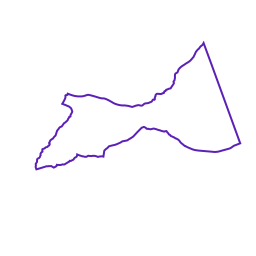 Dadaab, North-Eastern, Kenya, rotated 340°
{"feature_id": "3690345B19935861804031", "entity_name": "Dadaab", "entity_type": "district", "adm_level": 2, "iso_a3": "KEN", "parent_name": "Kenya", "parent_adm1": "North-Eastern", "projection": "albers", "projection_center": [40.106, 0.062], "detail": "fine", "context": "isolated", "style": "outline", "palette": "violet", "viewbox_px": 256, "rotation_deg": 340, "n_neighbors": 0, "source": "geoboundaries", "source_scale": "gbopen_adm2", "svg_char_len": 5746}
<svg xmlns="http://www.w3.org/2000/svg" viewBox="0 0 256 256"><g transform="rotate(340 128 128)"><path d="M95.1,146.5L97.2,142.6L98.0,141.2L98.3,141.0L99.9,140.3L101.6,139.8L102.6,139.4L103.5,138.8L103.8,138.7L104.2,138.7L105.4,138.8L109.7,139.3L110.7,139.4L111.4,139.4L114.5,139.2L116.0,139.1L117.6,138.7L118.1,138.6L121.8,139.2L123.1,139.4L125.0,138.9L126.0,138.8L126.5,138.6L128.2,138.3L129.3,138.0L130.0,137.8L132.0,136.8L135.1,135.2L141.0,132.4L141.3,132.4L141.7,132.5L142.7,132.4L143.1,132.4L143.5,132.6L144.1,133.2L144.5,133.6L145.1,134.6L145.1,134.9L145.3,135.1L145.7,135.2L146.0,135.5L146.4,135.6L146.7,135.7L147.0,135.8L147.3,136.1L147.5,136.2L148.5,136.8L149.3,137.0L151.4,137.2L151.9,137.3L152.2,137.5L152.9,137.9L154.4,139.0L155.7,140.1L157.3,141.2L158.6,142.3L160.9,143.8L161.8,143.7L162.2,143.9L162.6,144.0L163.1,144.1L163.2,144.8L163.3,145.1L163.5,145.5L164.1,147.0L164.2,147.9L164.3,148.1L165.3,149.2L165.4,150.0L167.8,152.3L168.2,152.7L168.3,153.0L168.8,153.6L169.1,153.9L169.4,154.3L169.8,154.5L170.0,154.7L170.7,155.5L171.3,156.3L171.7,157.1L172.1,158.1L172.2,158.6L172.4,159.5L172.9,160.4L173.8,161.9L174.9,163.8L175.1,164.2L175.8,164.6L176.0,165.0L177.4,166.5L181.4,170.2L183.3,171.6L186.5,173.3L193.8,176.7L199.0,179.1L200.6,179.9L202.3,180.5L204.3,181.0L204.9,181.1L208.8,181.4L213.8,181.8L215.0,181.9L216.8,182.0L217.4,181.9L218.2,181.8L221.4,180.9L228.2,180.8L228.2,95.6L228.1,74.0L227.3,74.7L226.3,75.4L225.9,75.6L224.3,76.1L223.9,76.3L222.7,77.0L222.3,77.4L221.8,77.7L220.3,78.2L220.0,78.4L218.3,79.4L217.9,79.6L216.5,81.1L213.8,83.7L210.0,85.8L209.5,86.0L208.4,86.4L207.8,86.6L207.3,86.7L204.7,87.2L203.2,87.6L199.3,88.5L198.5,88.8L197.9,89.0L196.3,89.8L195.5,90.4L194.8,91.1L193.7,92.5L193.4,92.7L192.9,92.8L192.0,92.9L191.6,93.0L191.3,93.1L191.0,93.3L190.6,93.6L190.4,94.0L189.9,95.1L189.6,96.0L189.3,96.9L188.1,98.9L187.9,99.2L187.2,99.5L186.7,99.9L186.5,100.2L186.6,101.1L186.5,101.5L186.3,101.7L185.6,102.4L184.1,103.4L183.2,104.1L181.9,105.1L181.6,105.3L181.2,105.3L180.6,105.2L180.0,105.1L179.3,105.1L178.0,105.3L177.3,105.1L176.9,105.2L176.5,105.5L176.2,105.9L176.0,106.0L175.7,106.1L175.1,105.9L174.7,106.1L174.4,106.3L174.0,107.0L173.6,107.4L173.4,107.4L172.2,107.1L171.7,107.4L171.4,107.4L170.8,107.4L170.5,107.3L170.1,107.2L169.5,106.8L169.1,106.7L168.6,106.5L168.3,106.3L167.5,106.0L167.1,105.8L166.7,105.8L166.3,105.9L165.8,106.1L165.2,106.5L164.9,107.0L164.8,107.3L164.6,107.7L164.4,107.9L163.9,108.2L163.7,108.4L163.3,109.6L163.1,110.0L162.9,110.3L162.7,110.4L162.5,110.5L162.2,110.4L161.7,110.0L161.4,109.9L161.0,110.0L160.8,110.1L159.7,111.0L159.4,111.2L158.6,111.4L156.6,111.4L156.2,111.5L155.5,111.5L155.0,111.4L153.0,110.9L152.0,110.8L151.0,111.0L150.4,111.3L149.6,111.6L149.2,111.7L148.8,111.7L148.3,111.6L148.0,111.5L147.0,110.9L146.5,110.6L146.1,110.3L145.4,110.0L143.8,109.8L143.2,109.7L141.9,109.7L139.6,109.7L139.3,109.6L138.8,109.4L138.0,108.9L136.3,107.6L135.0,106.9L132.5,105.6L131.0,105.1L129.6,104.5L128.1,103.7L126.4,102.6L125.6,102.0L124.0,100.7L123.0,99.7L121.7,98.1L121.0,97.3L119.0,95.0L118.0,94.0L116.4,92.6L115.9,92.2L115.3,91.9L113.9,91.4L112.2,90.4L110.1,88.9L107.9,87.2L104.4,84.7L102.5,83.5L101.9,83.2L101.1,83.0L100.5,83.0L98.2,82.9L97.0,82.8L96.5,82.7L95.4,82.5L94.1,82.0L91.9,81.2L90.8,80.7L89.5,80.0L88.3,79.3L87.2,78.5L85.0,76.8L83.1,75.1L82.9,75.3L82.7,75.9L82.5,76.1L82.2,76.1L81.8,76.1L81.0,75.9L80.7,75.9L80.4,76.0L80.2,76.2L80.1,76.6L79.9,77.3L79.7,77.8L79.0,78.8L78.6,79.2L76.7,81.0L74.5,82.8L76.0,84.1L76.6,84.6L77.4,85.3L78.7,86.6L79.6,87.3L80.1,88.0L80.6,88.8L81.0,89.5L81.3,90.2L81.3,91.5L81.3,93.3L80.5,94.4L78.5,96.1L78.3,96.5L77.9,97.5L77.6,97.6L77.2,97.4L76.8,97.4L76.5,97.5L76.1,98.1L74.9,98.9L74.2,99.8L73.1,100.5L72.2,100.8L71.8,100.9L71.2,101.3L70.8,101.4L70.1,101.5L69.6,101.6L69.4,101.7L66.4,103.8L66.1,103.9L65.8,103.9L64.6,103.9L64.2,104.0L63.8,104.2L63.1,104.6L62.3,105.2L62.0,105.4L61.6,105.6L61.2,105.8L60.8,106.1L60.4,106.4L60.0,106.9L57.5,110.1L57.2,110.4L56.3,110.7L55.4,111.2L54.9,111.5L54.5,111.8L54.0,112.2L53.2,112.4L52.2,112.6L51.5,112.8L50.9,113.1L50.3,113.5L50.0,113.8L49.7,114.3L49.5,114.6L48.9,114.9L48.7,115.1L48.7,115.3L49.0,116.3L48.8,116.5L48.4,116.8L48.3,117.1L48.1,117.3L47.8,117.5L47.2,117.5L46.9,117.6L45.7,118.2L45.4,118.2L44.7,118.1L43.9,118.1L43.6,118.2L43.1,118.5L42.5,118.6L42.0,118.7L40.9,118.6L40.3,118.7L40.2,118.9L39.9,119.3L39.8,119.6L39.7,120.6L39.6,120.9L39.3,121.1L38.5,121.2L38.2,121.3L37.9,121.5L37.5,121.9L37.2,122.1L36.9,122.4L36.8,122.7L36.6,123.7L36.0,124.2L35.6,124.7L35.1,125.3L34.7,125.5L34.1,125.8L33.6,125.8L32.8,125.9L32.4,126.0L32.1,126.3L31.7,126.7L31.5,127.2L31.2,128.1L31.0,128.6L30.6,129.0L29.2,130.0L29.0,130.3L28.9,130.6L28.7,131.5L28.5,132.0L28.2,132.4L28.0,132.8L27.9,133.1L27.8,134.2L27.8,135.5L30.3,135.7L38.5,136.1L39.0,136.4L39.8,136.6L40.4,136.7L42.9,137.6L44.7,139.8L45.2,139.8L45.6,139.7L46.0,139.7L47.1,139.5L47.3,139.3L47.7,139.2L48.0,139.1L48.3,138.7L48.6,138.8L48.7,138.7L48.8,138.4L49.3,138.7L50.2,139.0L51.4,139.5L52.0,139.7L53.1,139.8L54.1,139.8L55.2,140.4L55.9,140.5L59.8,139.7L60.8,139.6L61.2,139.4L61.6,139.3L62.0,138.9L62.3,139.0L62.8,139.3L63.2,139.4L64.2,139.2L65.1,139.2L65.5,139.1L65.8,139.0L66.1,138.9L67.5,137.9L67.8,137.8L68.6,137.6L69.1,137.6L69.4,137.5L70.0,137.3L70.2,137.1L70.7,136.5L71.2,135.5L71.7,136.0L72.5,136.6L73.0,137.1L73.4,137.5L73.9,137.8L74.8,138.5L75.4,139.0L75.9,139.2L77.2,140.0L77.6,140.3L77.8,140.4L78.6,140.7L78.9,140.8L79.8,140.7L80.2,140.7L80.9,140.5L81.2,140.5L81.4,140.6L81.9,140.9L82.4,141.2L83.4,141.6L84.2,141.9L85.1,142.0L85.7,142.3L86.2,142.4L86.8,142.6L87.5,143.0L88.5,143.7L89.0,144.0L89.4,144.6L89.7,144.7L90.5,145.0L91.5,145.0L92.0,145.2L93.2,145.5L94.1,145.8L95.1,146.5Z" fill="none" stroke="#5b21b6" stroke-width="2"/></g></svg>